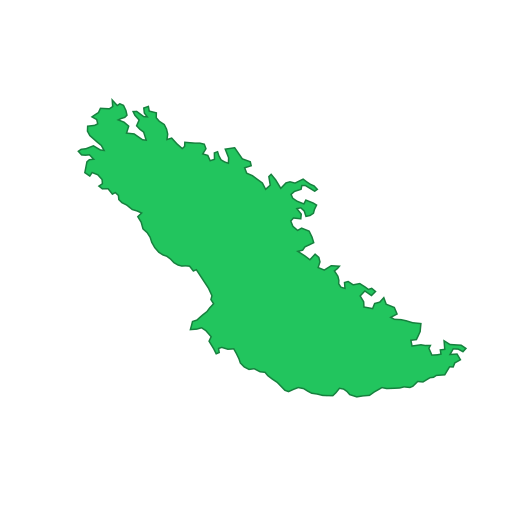 the district of Santa Izabel do Oeste, Paraná, Brazil, rotated 319°
{"feature_id": "56859067B10630725090155", "entity_name": "Santa Izabel do Oeste", "entity_type": "district", "adm_level": 2, "iso_a3": "BRA", "parent_name": "Brazil", "parent_adm1": "Paraná", "projection": "equal_earth", "projection_center": [-53.411, -25.778], "detail": "fine", "context": "isolated", "style": "filled", "palette": "green", "viewbox_px": 512, "rotation_deg": 319, "n_neighbors": 0, "source": "geoboundaries", "source_scale": "gbopen_adm2", "svg_char_len": 3934}
<svg xmlns="http://www.w3.org/2000/svg" viewBox="0 0 512 512"><g transform="rotate(319 256 256)"><path d="M332.0,469.1L335.9,467.1L342.2,468.4L343.4,461.9L337.8,457.6L343.9,455.5L347.5,458.9L349.4,464.0L353.8,463.5L352.3,457.9L348.4,454.1L344.3,450.0L342.3,443.4L337.2,450.3L333.5,447.8L331.2,451.4L328.1,449.6L323.7,446.2L325.9,439.1L328.9,437.9L325.0,434.6L322.2,431.2L314.7,426.3L317.6,421.2L322.2,424.3L326.4,422.5L330.3,420.7L336.1,415.2L330.4,409.1L326.9,403.5L323.7,399.2L318.9,394.6L317.4,390.7L324.4,392.3L326.6,385.6L322.6,377.8L325.1,371.3L319.1,372.0L314.4,369.7L309.5,372.2L304.0,365.3L307.2,361.2L308.4,354.5L315.2,353.8L317.2,361.6L322.9,361.2L322.1,356.3L318.9,355.0L318.0,350.9L316.2,344.9L310.4,341.5L308.8,335.7L305.4,334.1L301.9,338.8L299.6,335.3L300.2,331.2L302.6,328.7L304.5,325.0L305.4,318.7L309.2,318.9L312.2,318.4L306.4,312.7L298.3,311.4L295.3,305.5L300.4,302.4L302.5,298.3L301.8,293.4L294.2,294.2L292.9,287.8L290.6,279.9L295.0,282.2L298.9,281.2L308.3,283.8L310.7,278.4L312.4,272.1L308.7,264.9L304.2,264.0L303.3,257.8L305.2,252.4L309.2,251.9L314.2,257.3L317.6,254.1L317.9,247.0L321.4,249.0L321.9,253.7L319.7,258.9L323.4,260.9L327.4,261.4L330.5,259.3L335.1,257.3L333.9,253.5L330.3,246.5L326.3,248.1L322.9,241.5L321.6,236.5L322.9,232.5L327.4,232.5L333.8,235.2L336.8,232.9L339.5,235.2L342.8,245.6L346.0,245.9L345.8,241.2L344.0,237.4L342.8,232.9L342.0,228.9L333.3,226.6L330.3,222.3L326.6,220.5L319.1,221.2L320.8,211.3L321.0,204.3L317.8,204.5L313.2,211.9L307.0,212.0L308.7,205.1L307.2,198.6L306.0,193.0L303.3,187.4L305.3,182.0L311.6,184.7L313.5,181.1L309.4,173.7L310.9,160.3L302.9,155.2L299.8,163.9L296.0,167.9L294.0,164.4L292.7,160.5L293.7,156.0L295.4,152.1L292.2,150.9L288.1,155.8L283.9,154.0L285.6,148.5L282.8,144.0L288.6,142.2L290.3,137.7L287.6,133.9L283.9,130.7L279.4,126.1L276.9,123.5L274.0,126.5L270.8,126.5L269.9,119.5L269.7,111.7L265.2,109.7L269.3,106.1L271.7,101.6L273.0,96.6L271.4,90.9L271.4,86.2L274.7,82.6L272.6,79.6L270.5,76.6L272.9,72.5L268.4,70.7L265.5,74.9L265.2,79.6L262.7,77.2L260.8,68.6L258.0,66.4L256.9,70.4L257.0,76.7L251.3,79.4L251.5,84.2L252.5,88.8L249.1,96.6L246.6,93.8L244.1,83.9L238.9,78.3L245.1,74.5L244.2,68.4L241.3,62.9L244.3,63.7L247.9,65.3L251.0,65.1L253.3,60.8L254.8,55.4L253.1,51.8L250.0,51.4L249.8,44.0L245.9,49.2L241.9,48.7L235.5,42.5L231.2,44.4L227.1,43.8L223.5,43.4L225.3,48.5L223.3,52.4L220.0,51.6L214.1,47.6L210.7,51.2L209.6,56.1L210.8,65.3L211.8,71.1L210.6,76.7L208.1,73.9L205.6,66.2L198.1,63.5L194.0,60.8L190.6,60.4L190.7,65.3L193.4,68.0L196.7,70.4L197.0,76.5L193.4,74.0L190.2,74.0L186.1,77.2L181.5,80.8L183.0,86.6L187.1,85.5L189.9,90.9L190.0,97.3L187.5,100.7L183.3,100.2L184.1,104.5L188.5,108.2L188.2,115.1L191.4,115.8L191.9,120.0L189.5,123.4L189.8,127.8L191.8,132.5L193.1,139.7L195.8,144.0L197.9,148.5L192.6,148.8L191.5,155.2L188.5,161.4L189.2,167.0L188.4,172.4L186.3,177.3L185.1,183.2L185.1,189.4L186.5,194.2L188.5,197.6L189.5,202.2L189.7,207.2L191.2,211.6L193.4,214.9L196.4,217.2L199.2,220.1L198.9,226.2L202.0,227.2L199.0,249.2L196.7,257.1L193.4,259.3L192.7,264.2L187.0,264.8L182.5,265.8L177.5,265.5L173.8,265.5L169.4,265.6L165.1,263.8L161.2,266.5L158.2,268.5L163.3,272.3L167.8,274.4L169.2,279.4L169.2,287.5L164.7,289.5L163.2,298.3L161.8,303.7L164.9,304.7L167.1,301.2L170.2,302.5L173.6,307.9L178.3,311.5L177.2,316.8L175.7,322.4L174.0,326.5L174.3,331.9L176.3,337.0L180.7,339.9L183.1,346.0L186.5,349.7L186.4,354.0L187.5,359.4L189.1,365.3L189.4,370.4L189.7,376.3L191.6,379.7L197.0,381.3L201.6,383.0L205.0,387.4L206.4,392.0L208.0,396.1L211.6,400.3L214.8,404.9L218.4,408.3L222.4,411.8L226.6,411.6L232.2,410.6L234.8,413.9L235.8,417.9L235.8,422.1L239.6,428.4L244.9,431.7L250.2,435.6L256.2,436.2L260.5,437.1L264.7,437.9L267.7,441.8L273.8,446.7L277.9,449.9L281.9,451.9L285.9,456.2L288.9,457.2L295.7,456.8L299.4,460.6L303.5,461.3L307.5,462.0L310.4,464.0L313.7,464.4L316.4,466.4L320.5,469.5L329.4,466.6L332.0,469.1Z" fill="#22c55e" stroke="#15803d" stroke-width="1.5"/></g></svg>